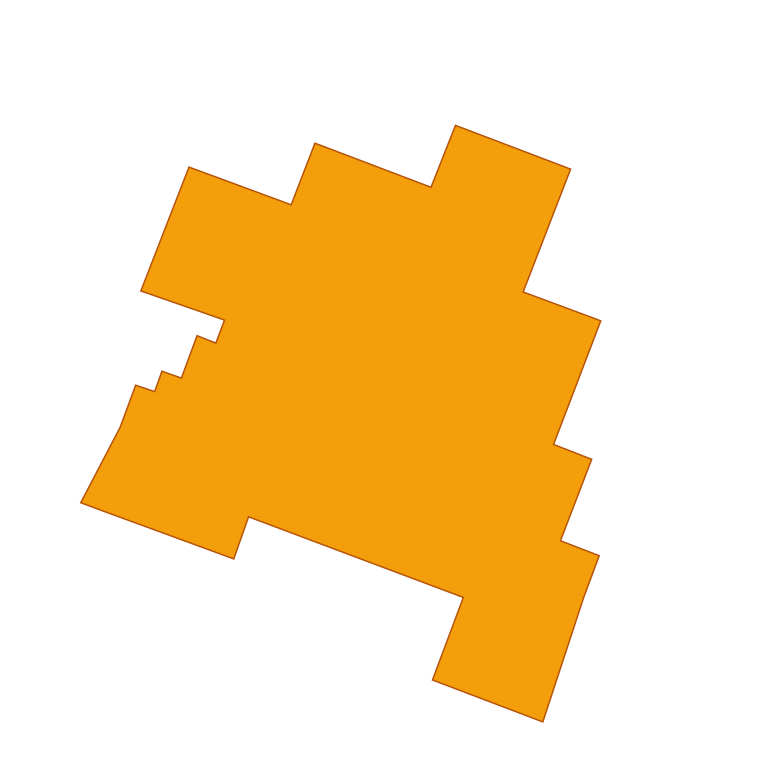 Noble, Ohio, United States of America (Robinson projection), rotated 109°
{"feature_id": "52423323B8132923889565", "entity_name": "Noble", "entity_type": "district", "adm_level": 2, "iso_a3": "USA", "parent_name": "United States of America", "parent_adm1": "Ohio", "projection": "robinson", "projection_center": [-81.451, 39.767], "detail": "fine", "context": "isolated", "style": "filled", "palette": "amber", "viewbox_px": 768, "rotation_deg": 109, "n_neighbors": 0, "source": "geoboundaries", "source_scale": "gbopen_adm2", "svg_char_len": 531}
<svg xmlns="http://www.w3.org/2000/svg" viewBox="0 0 768 768"><g transform="rotate(109 384 384)"><path d="M120.1,277.5L116.2,400.6L182.7,403.6L178.8,527.7L244.8,530.1L242.4,639.0L375.2,644.2L375.5,555.6L400.1,556.3L399.2,576.5L444.4,577.5L444.2,598.1L465.9,598.4L466.0,618.4L510.8,619.4L595.0,632.1L595.5,612.4L598.3,469.1L553.7,468.8L560.0,239.5L648.1,241.8L651.8,123.8L520.3,125.7L476.3,124.6L474.8,166.1L387.6,163.1L386.0,204.0L253.7,199.6L251.7,282.4L120.1,277.5Z" fill="#f59e0b" stroke="#b45309" stroke-width="1.5"/></g></svg>